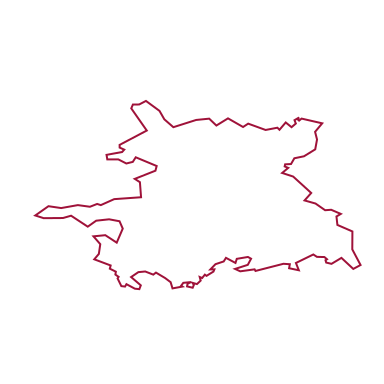 Kildare Lea-5, Kildare, Ireland, rotated 353°
{"feature_id": "5873133B34299058506876", "entity_name": "Kildare Lea-5", "entity_type": "district", "adm_level": 2, "iso_a3": "IRL", "parent_name": "Ireland", "parent_adm1": "Kildare", "projection": "natural_earth1", "projection_center": [-6.982, 53.189], "detail": "medium", "context": "isolated", "style": "outline", "palette": "rose", "viewbox_px": 384, "rotation_deg": 353, "n_neighbors": 0, "source": "geoboundaries", "source_scale": "gbopen_adm2", "svg_char_len": 1946}
<svg xmlns="http://www.w3.org/2000/svg" viewBox="0 0 384 384"><g transform="rotate(353 192 192)"><path d="M157.4,96.0L150.2,98.7L144.0,98.0L141.9,101.6L154.6,125.5L125.9,136.4L125.6,139.1L129.9,141.7L127.5,143.8L111.7,144.7L111.9,149.3L122.9,150.7L130.3,155.7L136.9,154.9L140.4,150.7L160.1,161.9L158.3,166.4L136.8,172.0L141.5,175.9L140.8,191.0L113.9,189.6L99.9,193.9L96.4,192.3L88.9,194.2L77.1,191.1L60.2,192.0L47.8,188.6L33.6,196.2L41.6,199.9L60.8,202.1L69.1,200.8L84.3,213.7L93.4,208.8L106.4,209.0L116.5,212.2L118.8,219.9L111.1,233.1L100.7,224.3L88.8,224.0L94.6,232.6L92.0,242.1L86.8,246.9L102.3,255.0L101.1,258.1L106.7,261.8L105.9,264.6L108.8,267.3L107.6,268.7L110.4,276.8L114.0,277.7L115.7,275.5L123.5,281.0L127.9,282.0L129.8,278.4L121.2,269.0L129.0,265.0L135.9,265.2L143.5,269.3L146.4,267.6L154.8,274.1L159.8,278.9L160.9,285.3L171.0,284.7L169.8,283.7L172.3,281.1L180.1,281.3L176.4,282.5L175.6,285.1L181.0,287.1L182.5,284.5L181.4,282.2L185.7,284.0L189.8,281.0L189.3,277.3L191.6,278.6L194.7,275.6L196.2,277.0L203.6,273.6L204.8,271.5L200.8,271.1L206.5,266.5L215.0,264.8L217.7,261.5L226.5,267.7L228.3,263.8L239.6,263.3L242.5,265.4L238.5,271.1L225.4,273.6L230.2,276.6L244.7,276.4L245.4,278.1L274.0,274.4L280.3,275.6L279.1,279.5L288.5,282.7L286.5,275.1L304.8,268.8L308.1,271.6L315.5,272.7L317.8,275.2L316.2,276.0L316.6,278.4L321.7,280.3L332.3,275.6L342.7,288.0L350.4,285.0L344.1,268.5L346.4,250.7L332.3,242.4L332.4,233.9L337.0,231.9L328.0,226.6L321.9,226.3L313.2,218.5L302.7,214.1L310.2,207.5L294.3,189.0L283.8,184.1L290.4,179.8L287.1,177.9L287.8,175.9L293.7,176.3L297.7,171.0L307.5,170.2L319.5,164.7L322.5,155.1L321.5,147.3L329.6,139.7L309.7,132.5L307.0,134.2L305.7,132.7L307.4,131.1L302.5,133.2L303.4,136.7L298.7,139.8L293.5,134.4L286.4,140.9L284.6,138.6L272.6,139.4L256.1,131.0L250.6,133.7L236.7,123.3L224.3,129.0L218.0,121.3L204.9,121.0L181.4,125.4L173.4,116.5L169.6,107.5L157.4,96.0Z" fill="none" stroke="#9f1239" stroke-width="2"/></g></svg>